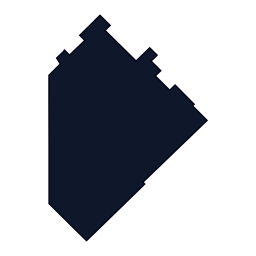 the district of Rivadavia, Buenos Aires, Argentina
{"feature_id": "61730980B79277873614202", "entity_name": "Rivadavia", "entity_type": "district", "adm_level": 2, "iso_a3": "ARG", "parent_name": "Argentina", "parent_adm1": "Buenos Aires", "projection": "robinson", "projection_center": [-63.133, -35.581], "detail": "fine", "context": "isolated", "style": "filled", "palette": "ink", "viewbox_px": 256, "rotation_deg": 0, "n_neighbors": 0, "source": "geoboundaries", "source_scale": "gbopen_adm2", "svg_char_len": 585}
<svg xmlns="http://www.w3.org/2000/svg" viewBox="0 0 256 256"><path d="M207.0,120.4L192.5,105.9L194.1,104.3L175.1,85.1L169.7,90.3L155.2,75.9L160.7,70.7L151.0,61.0L157.1,55.2L149.7,47.9L136.1,61.1L104.9,30.4L110.1,25.4L100.0,15.4L96.5,18.8L90.5,24.8L79.8,35.3L84.9,40.4L69.5,55.2L64.5,50.1L64.1,50.4L64.1,51.0L56.7,58.1L60.4,63.9L56.7,67.6L53.9,70.4L49.0,75.3L49.0,96.8L49.0,97.7L49.1,142.3L49.1,180.8L49.1,203.6L54.0,208.4L56.4,210.8L60.7,215.1L63.6,217.9L64.7,219.0L72.8,227.1L86.5,240.6L144.7,184.0L142.8,182.2L207.0,120.4Z" fill="#0f172a" stroke="#020617" stroke-width="1.5"/></svg>